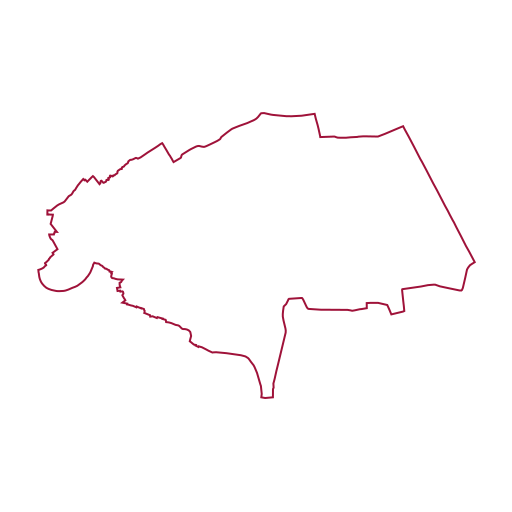 the district of Bang Yai, Nonthaburi, Thailand, rotated 177°
{"feature_id": "78962969B13602434515216", "entity_name": "Bang Yai", "entity_type": "district", "adm_level": 2, "iso_a3": "THA", "parent_name": "Thailand", "parent_adm1": "Nonthaburi", "projection": "orthographic", "projection_center": [100.414, 13.864], "detail": "fine", "context": "isolated", "style": "outline", "palette": "rose", "viewbox_px": 512, "rotation_deg": 177, "n_neighbors": 0, "source": "geoboundaries", "source_scale": "gbopen_adm2", "svg_char_len": 6026}
<svg xmlns="http://www.w3.org/2000/svg" viewBox="0 0 512 512"><g transform="rotate(177 256 256)"><path d="M167.4,197.4L164.6,196.8L162.9,196.3L162.5,196.3L160.0,196.6L155.2,197.4L153.2,197.5L148.1,198.1L147.9,203.2L143.9,203.2L136.5,202.8L127.5,200.2L127.4,200.0L125.8,195.9L123.9,190.6L112.1,192.8L110.8,193.3L111.0,198.4L111.3,203.1L111.9,214.5L111.6,215.2L92.8,216.9L85.8,217.9L79.9,218.1L78.6,218.0L74.0,216.1L66.2,214.0L54.4,210.9L52.8,210.8L52.1,211.3L51.1,213.3L48.2,223.3L46.0,231.4L44.8,233.3L42.8,235.6L40.6,236.9L37.9,238.4L42.9,249.2L45.8,255.0L50.4,265.4L54.5,274.4L56.6,279.3L57.7,281.4L60.4,287.2L62.1,291.1L64.6,296.2L71.8,312.1L75.3,319.4L81.4,332.9L85.4,341.5L86.8,344.2L92.5,356.9L97.3,367.3L100.7,374.3L102.3,377.9L106.3,376.5L120.9,371.2L128.0,368.9L139.3,369.7L142.6,369.9L147.6,369.8L148.6,369.6L155.1,369.6L159.9,369.4L164.4,369.6L168.1,369.9L169.6,370.4L170.9,371.0L171.7,371.2L185.6,371.4L185.7,372.5L186.9,379.8L187.6,383.5L189.1,390.0L190.0,394.9L203.1,393.7L213.1,393.7L218.2,394.0L231.6,396.0L233.6,396.4L240.4,398.3L242.9,398.3L243.7,398.1L246.7,394.7L248.4,393.2L250.5,392.0L257.8,389.2L265.6,386.9L268.9,385.8L272.9,384.4L274.2,383.7L278.7,380.7L284.3,376.7L284.8,376.1L285.5,374.9L285.9,374.5L288.4,373.1L291.1,371.9L296.4,369.7L299.9,368.3L301.5,367.8L302.4,367.7L303.0,367.8L304.5,368.1L306.8,368.8L307.2,368.9L308.8,368.8L310.2,368.4L315.3,366.2L317.1,365.3L324.3,361.3L324.8,360.9L324.9,360.7L325.3,359.8L325.7,358.4L326.1,357.9L330.7,355.5L333.4,354.1L334.3,355.8L334.9,357.2L335.9,359.0L336.7,360.6L337.6,361.9L340.1,366.8L341.7,369.8L343.0,372.4L343.4,373.0L343.8,373.6L345.8,372.6L347.9,371.2L351.3,369.2L358.8,365.0L361.5,363.3L366.1,360.5L368.8,359.4L369.1,359.5L369.9,360.0L370.5,360.2L371.0,360.2L373.8,359.0L375.3,358.6L376.4,358.6L376.9,358.4L378.6,357.1L378.9,356.0L379.1,355.6L379.4,355.3L379.7,355.1L380.5,354.8L382.5,353.3L382.7,353.1L382.9,352.6L383.2,352.3L383.8,352.0L384.7,351.9L385.0,351.6L385.4,351.1L385.4,350.1L385.5,349.9L386.7,349.9L387.1,349.8L389.5,348.3L389.9,347.6L390.0,347.2L390.0,346.3L390.3,345.8L392.2,344.8L393.0,344.0L394.0,344.0L394.4,343.9L394.5,343.8L394.5,343.3L394.9,343.0L395.2,343.0L395.7,343.5L396.3,343.6L397.1,343.9L397.5,343.9L397.7,343.6L397.7,343.4L397.4,342.6L397.5,342.3L398.0,342.0L399.2,341.8L399.5,341.6L399.5,341.3L399.0,340.4L399.0,340.1L399.1,339.8L399.3,339.7L399.6,339.6L400.8,339.9L401.3,339.8L401.5,339.5L401.7,338.5L402.1,338.0L402.4,337.8L403.2,337.6L404.1,337.1L404.5,337.1L404.8,337.3L406.3,339.2L406.5,339.3L407.0,339.1L407.3,338.7L407.7,336.7L408.5,335.9L412.9,342.2L413.5,343.1L414.7,344.3L416.4,342.9L417.4,341.9L417.8,341.6L420.6,339.0L422.4,341.1L422.6,341.2L423.2,340.5L423.3,340.5L424.5,341.9L427.1,339.3L429.5,336.6L430.1,336.0L431.9,333.5L433.2,331.5L434.0,331.0L434.9,330.2L435.3,329.6L436.1,328.3L436.8,327.4L437.3,326.9L439.9,325.5L444.2,320.5L445.2,319.8L445.8,319.5L449.7,318.0L451.8,316.9L456.0,313.9L458.2,312.2L460.5,312.3L461.9,312.5L462.1,309.7L462.2,308.3L461.2,308.2L461.1,308.5L459.9,308.2L456.7,307.9L456.9,306.7L459.4,298.8L453.6,290.5L455.7,290.7L456.0,289.5L456.4,289.3L456.5,288.7L456.7,288.1L461.4,288.3L461.3,287.3L460.8,285.7L460.2,284.2L459.8,283.6L458.8,282.8L458.3,282.3L457.9,281.5L453.9,273.2L459.0,269.8L458.1,268.3L458.1,268.2L461.3,265.7L461.8,265.2L462.0,264.7L462.9,263.9L463.1,263.2L465.3,261.2L467.1,259.9L467.1,259.7L466.4,258.5L466.1,258.2L466.0,257.8L466.4,257.5L467.3,256.9L468.7,255.5L469.5,255.1L470.5,254.6L471.3,254.3L473.1,253.7L474.1,253.5L474.0,251.2L473.8,250.1L473.7,248.8L473.5,246.5L473.2,244.9L472.9,243.8L472.1,241.6L471.4,240.3L470.9,239.5L469.1,237.2L467.0,235.2L464.9,234.0L462.0,232.8L459.1,232.0L457.2,231.5L455.8,231.3L454.3,231.2L450.1,231.2L449.1,231.3L447.9,231.5L445.1,232.3L441.1,233.8L438.2,234.7L436.0,235.6L434.3,236.7L431.1,238.8L429.7,239.9L427.8,241.6L426.3,243.4L424.8,244.9L422.6,247.9L422.0,249.0L419.4,254.4L419.3,255.3L419.0,256.0L417.8,257.8L417.0,257.4L415.5,256.9L413.9,256.7L413.3,256.5L412.9,256.2L411.7,255.0L410.3,254.3L409.9,254.0L409.2,253.0L408.0,252.1L407.4,251.3L407.2,251.2L406.6,251.2L406.1,251.1L405.6,250.8L405.2,250.3L404.9,250.1L403.9,249.8L403.4,249.5L403.2,249.2L403.2,248.4L403.1,248.1L401.7,248.0L400.7,247.6L400.8,247.5L401.4,246.8L401.5,246.6L401.5,246.3L400.9,246.1L400.8,245.9L401.4,244.4L401.7,243.0L401.6,242.6L401.3,242.2L401.1,241.8L400.9,241.6L400.5,241.4L399.2,241.2L397.5,240.5L395.3,239.9L390.2,239.4L391.3,238.3L392.0,237.1L392.3,236.9L393.6,236.4L393.7,234.7L393.6,233.8L393.1,231.8L396.5,231.4L396.1,228.3L393.6,228.5L393.5,227.7L393.4,227.5L391.6,227.7L391.1,227.6L390.7,227.2L390.4,225.8L390.4,225.3L391.5,223.9L391.5,223.7L390.0,220.7L389.4,219.8L388.8,218.6L391.9,216.4L387.1,215.2L387.3,214.4L386.0,214.1L383.5,213.2L381.6,212.7L378.1,211.0L377.8,211.8L373.4,209.7L373.3,210.0L370.7,208.9L370.5,207.8L370.1,207.2L370.3,205.3L370.5,205.0L365.8,202.8L365.0,202.5L364.8,201.0L362.4,201.2L358.2,199.2L357.6,200.1L355.2,199.3L352.4,198.4L352.6,198.0L349.6,197.0L349.4,196.5L349.2,194.7L346.8,194.3L345.5,193.9L344.0,193.4L339.9,191.4L337.4,190.8L336.3,190.2L334.0,187.6L333.5,187.2L332.8,186.9L330.6,186.7L328.8,186.2L328.3,185.9L327.1,185.3L326.7,184.8L326.4,184.5L325.7,183.7L325.5,182.9L325.0,179.7L325.0,179.4L326.0,176.4L326.6,174.3L325.4,173.3L322.7,170.8L320.7,170.3L321.0,169.7L318.3,168.2L318.0,168.8L314.8,167.7L310.5,165.2L308.4,163.9L304.6,161.9L303.3,162.0L300.9,162.0L290.6,160.5L276.3,157.7L272.8,156.6L271.7,156.2L269.3,154.5L268.6,153.7L266.5,150.4L264.1,147.0L263.2,145.0L261.1,139.2L258.4,127.7L257.9,125.9L257.5,117.9L258.1,114.6L254.3,113.7L246.5,114.0L246.0,122.2L245.3,123.6L245.3,127.7L243.8,132.4L241.6,140.3L239.9,145.9L230.4,177.9L230.2,180.1L230.4,182.1L231.9,190.2L232.4,194.1L232.3,196.6L231.8,200.0L231.0,203.9L230.9,204.2L228.4,206.4L226.3,210.1L225.9,211.0L225.6,211.2L225.3,211.5L212.7,211.7L212.2,211.6L211.8,211.1L211.0,209.6L208.4,203.2L207.9,202.1L207.1,200.9L206.6,200.6L206.1,200.4L194.4,199.0L167.4,197.4Z" fill="none" stroke="#9f1239" stroke-width="2"/></g></svg>